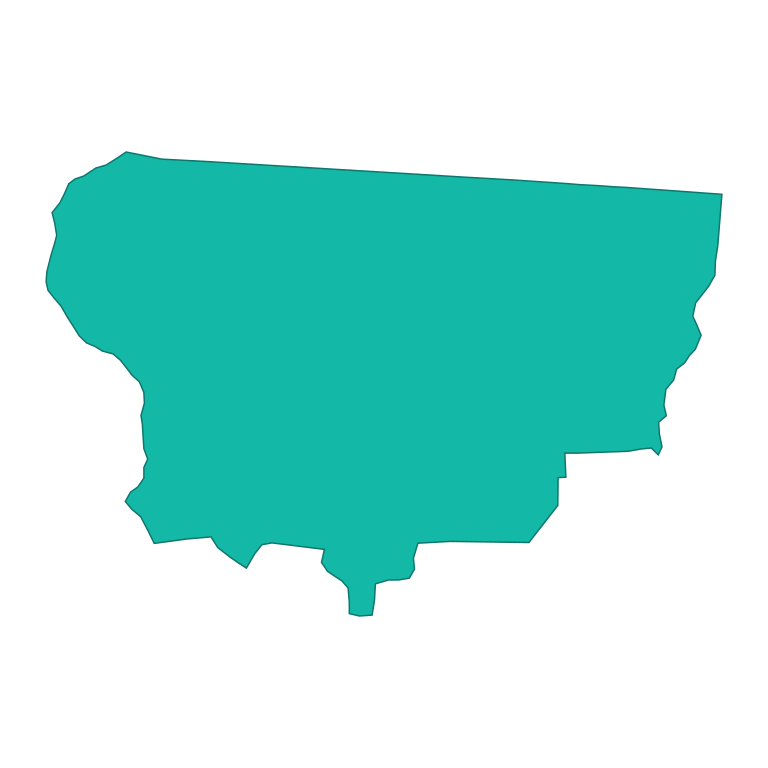 Nova Veneza, Santa Catarina, Brazil
{"feature_id": "56859067B1562580013950", "entity_name": "Nova Veneza", "entity_type": "district", "adm_level": 2, "iso_a3": "BRA", "parent_name": "Brazil", "parent_adm1": "Santa Catarina", "projection": "mercator", "projection_center": [-49.6, -28.698], "detail": "fine", "context": "isolated", "style": "filled", "palette": "teal", "viewbox_px": 768, "rotation_deg": 0, "n_neighbors": 0, "source": "geoboundaries", "source_scale": "gbopen_adm2", "svg_char_len": 1490}
<svg xmlns="http://www.w3.org/2000/svg" viewBox="0 0 768 768"><path d="M95.9,168.0L83.6,176.1L75.0,179.0L68.8,183.7L64.8,193.0L59.9,202.8L52.1,212.6L54.7,223.2L56.7,235.4L54.5,243.7L50.9,255.7L46.9,271.6L46.1,281.8L48.0,290.3L54.2,298.1L61.2,306.4L67.7,317.7L73.4,326.5L79.2,335.8L86.5,342.9L95.1,346.5L102.7,351.2L113.0,353.9L120.3,360.1L126.9,368.4L132.1,375.3L139.4,381.8L143.9,392.5L144.4,403.2L141.0,415.4L142.4,424.6L143.1,436.8L143.9,448.7L147.7,459.1L143.9,467.4L143.9,478.1L137.8,487.0L130.5,492.1L125.3,501.5L131.8,509.3L140.7,516.7L148.8,532.2L154.2,543.4L186.8,539.0L211.0,536.9L217.8,547.6L230.1,557.2L239.1,563.4L246.4,568.1L254.6,553.9L261.9,544.7L272.0,542.9L324.4,549.4L321.5,562.4L327.5,571.3L334.2,575.9L341.9,580.9L348.1,588.0L349.3,602.4L349.3,613.6L359.4,616.0L372.1,615.1L374.5,600.2L375.4,583.8L388.5,580.0L398.2,580.0L409.3,578.2L414.5,569.0L413.4,558.3L417.9,543.2L450.2,541.4L528.9,542.5L557.8,505.5L558.1,477.6L565.9,477.2L564.8,453.1L577.8,453.1L627.9,451.3L641.8,448.9L651.3,448.0L658.3,454.9L662.0,446.9L659.4,434.0L658.6,422.3L666.3,415.7L663.9,405.0L665.9,389.3L673.7,380.0L676.6,369.1L684.7,362.8L689.3,355.7L695.4,349.2L701.1,335.2L696.6,324.5L692.8,316.2L695.7,302.8L702.7,293.9L708.9,285.9L714.9,275.2L715.4,261.3L717.8,245.5L721.9,194.3L626.0,187.4L614.1,186.8L597.7,185.6L579.0,184.6L567.2,183.6L512.5,179.9L461.9,177.0L211.3,161.8L161.5,159.1L126.1,152.0L115.9,158.9L106.0,165.1L95.9,168.0Z" fill="#14b8a6" stroke="#0f766e" stroke-width="1.5"/></svg>